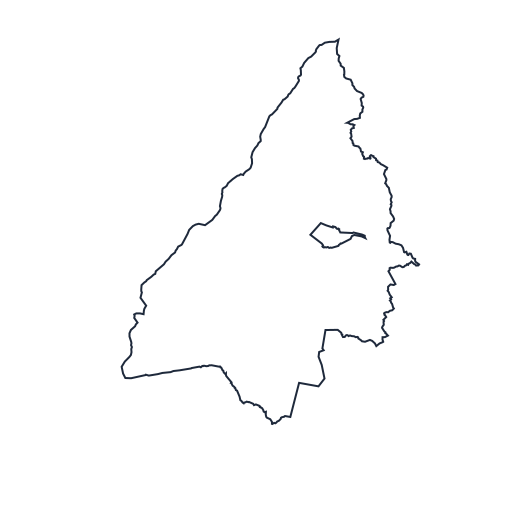 outline of Hwange, Matabeleland North, Zimbabwe, rotated 63°
{"feature_id": "62879985B77670672881921", "entity_name": "Hwange", "entity_type": "district", "adm_level": 2, "iso_a3": "ZWE", "parent_name": "Zimbabwe", "parent_adm1": "Matabeleland North", "projection": "robinson", "projection_center": [26.512, -18.839], "detail": "fine", "context": "isolated", "style": "outline", "palette": "slate", "viewbox_px": 512, "rotation_deg": 63, "n_neighbors": 0, "source": "geoboundaries", "source_scale": "gbopen_adm2", "svg_char_len": 6110}
<svg xmlns="http://www.w3.org/2000/svg" viewBox="0 0 512 512"><g transform="rotate(63 256 256)"><path d="M337.5,114.5L333.6,116.5L332.5,116.4L330.8,115.5L329.7,116.9L328.7,117.3L324.3,117.0L323.4,118.2L324.3,119.8L324.2,120.1L323.4,120.5L320.5,120.1L320.3,121.9L319.8,122.3L315.5,121.3L312.5,121.6L310.3,123.5L308.4,126.0L305.7,127.9L304.8,129.3L305.2,130.4L304.7,130.7L302.1,129.7L298.9,127.4L292.8,127.2L291.2,126.5L291.0,126.0L291.6,124.6L291.5,124.1L290.1,122.4L287.8,121.1L287.0,117.3L285.7,116.1L283.0,115.9L278.9,116.6L277.2,115.8L275.1,115.4L272.9,112.7L272.1,112.2L271.1,112.5L269.7,110.7L268.3,110.8L266.6,110.2L265.0,108.3L263.8,107.8L260.0,107.9L255.6,106.7L252.9,107.5L251.1,107.4L249.9,107.9L247.6,105.4L246.6,104.9L241.1,104.8L238.1,101.7L238.2,100.4L236.9,99.0L232.7,101.6L230.8,103.1L228.8,103.6L227.6,104.9L226.1,104.5L225.2,105.5L223.8,104.9L221.2,106.4L220.4,106.0L219.1,107.3L218.6,107.4L218.3,107.9L218.8,109.3L219.4,109.6L220.8,109.5L221.1,109.9L219.6,111.7L219.7,112.9L219.1,114.0L219.1,114.9L218.3,115.7L216.5,114.7L215.6,115.2L213.2,115.0L212.1,113.7L210.6,115.0L207.6,114.2L206.5,114.7L205.0,114.9L202.4,118.2L201.4,118.8L199.9,118.2L199.3,118.6L197.3,117.8L193.9,118.4L193.1,116.7L190.2,115.7L189.2,115.9L188.3,114.6L186.6,114.3L185.9,112.6L186.3,110.7L184.4,110.2L184.0,108.9L182.5,110.1L181.6,111.9L179.2,113.5L178.7,114.3L178.6,106.3L179.7,103.7L180.1,100.7L178.0,99.8L176.3,98.4L175.8,95.7L173.8,94.7L172.5,93.1L171.5,92.8L169.9,93.6L167.7,92.3L163.6,91.5L162.8,90.0L162.9,88.1L161.9,87.3L160.6,87.2L158.7,87.8L154.9,91.1L151.5,92.1L149.8,91.8L147.4,92.5L145.9,91.7L141.9,91.6L138.7,95.1L136.5,96.0L134.4,95.3L134.3,94.9L131.7,93.5L128.3,92.3L124.8,94.1L123.1,93.3L119.6,93.8L117.5,92.6L115.7,90.9L112.8,92.0L107.4,89.7L100.6,84.2L100.9,88.4L98.6,93.3L97.2,97.8L97.7,101.7L97.0,103.3L97.1,104.1L99.1,108.3L100.1,109.4L101.0,109.8L101.5,110.6L103.4,116.4L103.4,119.5L105.8,125.4L108.3,128.7L108.9,131.2L110.8,131.7L114.9,133.6L115.4,134.5L115.4,136.4L115.8,137.2L116.6,137.8L118.6,137.8L119.5,138.3L123.0,144.1L123.8,145.7L123.9,147.1L126.6,151.7L126.7,153.3L127.1,154.1L128.3,155.4L129.3,159.5L129.1,160.8L130.9,163.7L133.5,169.4L134.6,170.2L137.1,177.5L137.1,179.2L137.6,180.7L145.3,189.4L146.3,191.5L149.5,196.4L151.6,198.1L154.8,199.1L155.8,199.7L156.5,202.5L158.2,204.7L159.4,207.9L161.9,211.9L165.9,215.4L167.9,215.7L171.6,217.4L174.9,220.7L175.6,222.5L176.1,226.9L177.2,229.6L178.0,230.6L176.2,232.6L176.5,234.3L176.1,236.2L176.9,241.6L178.4,247.8L180.2,250.3L180.7,252.8L180.6,254.0L181.1,255.4L182.8,256.6L184.0,257.0L185.2,258.3L186.5,258.4L188.0,259.4L190.9,262.2L195.2,265.5L197.2,265.9L197.9,266.4L198.8,267.4L201.4,272.2L201.8,274.2L204.0,278.6L205.4,287.4L201.3,292.4L200.6,295.6L200.7,298.7L201.1,299.9L202.4,303.7L205.2,306.9L211.9,316.5L212.3,317.4L212.3,321.1L214.0,323.4L214.7,325.1L216.1,326.5L216.9,331.0L218.9,335.1L220.0,339.1L221.6,341.8L224.1,352.2L226.2,353.9L226.1,355.6L227.0,358.7L227.9,364.3L228.6,365.3L228.9,367.6L230.0,371.2L234.0,373.6L235.4,374.2L236.6,374.2L240.8,377.9L250.4,376.4L252.3,379.4L253.8,380.7L256.8,382.6L254.4,385.5L252.8,388.7L252.8,391.1L254.2,391.3L255.9,392.6L261.6,391.8L262.4,394.1L263.7,395.6L265.1,401.0L267.4,403.8L270.4,405.3L276.0,406.2L277.2,406.6L278.7,407.8L280.8,407.9L282.3,409.4L285.2,410.6L287.4,412.4L288.4,414.5L290.5,420.8L293.7,426.0L300.4,427.8L305.4,427.8L308.2,422.8L311.9,408.6L311.7,408.1L313.9,405.8L316.7,397.0L317.7,392.5L320.7,384.8L321.0,381.8L323.1,376.2L326.7,364.9L326.6,364.3L328.9,356.6L330.1,355.7L329.6,353.7L330.1,353.1L330.1,352.2L331.7,350.2L332.3,348.5L332.2,347.3L333.3,345.0L337.5,339.6L338.2,338.2L339.0,338.3L339.6,337.6L342.6,337.7L343.3,337.2L345.1,337.6L347.3,336.9L347.0,336.1L348.3,336.8L349.5,337.0L357.0,335.3L357.6,335.9L357.9,335.3L358.8,335.7L360.9,335.7L362.8,334.7L363.8,334.9L364.2,334.4L366.3,334.8L367.4,334.0L373.9,334.5L377.4,335.4L378.4,334.8L380.4,334.5L381.7,333.8L381.2,333.1L381.6,331.9L381.5,330.5L382.9,328.9L382.9,328.5L386.4,325.6L388.0,325.5L388.2,323.5L391.0,321.0L391.9,320.7L392.0,321.2L392.3,321.2L394.4,319.6L396.9,319.5L398.0,319.8L399.1,319.3L399.3,317.9L401.7,319.3L403.9,319.9L405.0,319.7L407.9,317.4L411.0,317.1L412.8,318.0L413.1,317.7L412.9,315.6L413.8,314.8L413.7,313.6L413.1,312.3L413.2,310.4L412.4,308.0L411.5,307.2L411.4,306.2L412.0,303.9L411.7,303.2L411.9,302.6L415.0,298.5L388.6,275.2L400.5,259.5L396.3,250.6L382.9,246.9L374.2,246.0L370.2,243.3L370.7,238.5L368.5,238.8L353.5,227.7L358.9,216.7L363.1,214.9L364.6,215.3L365.2,214.8L365.8,215.3L367.7,215.3L368.4,213.7L367.6,212.1L367.7,210.9L368.4,210.2L369.4,209.9L369.5,208.3L370.8,207.1L372.1,205.0L373.6,204.0L374.1,202.4L374.9,201.9L375.9,202.3L378.7,200.7L380.1,200.3L381.9,197.8L382.5,192.6L384.4,191.0L387.9,189.7L390.9,189.7L390.0,185.6L390.3,182.1L390.2,181.6L387.8,181.2L385.8,180.1L386.8,178.0L386.8,174.6L384.2,175.3L383.5,175.8L382.8,175.3L381.5,175.9L377.2,176.3L376.3,175.4L375.3,173.4L372.6,172.3L372.1,171.4L370.7,171.5L369.5,167.7L367.1,167.9L366.9,168.2L365.3,167.9L365.0,167.4L365.2,165.3L366.1,163.8L365.6,161.6L366.2,159.3L365.4,157.0L364.1,157.2L360.4,156.5L359.0,156.8L357.4,156.5L356.5,156.9L355.9,155.3L354.6,155.6L354.4,153.8L351.2,154.4L348.4,154.1L346.7,154.5L346.1,153.6L343.4,152.3L342.4,149.1L344.4,146.4L344.3,144.5L329.7,144.9L329.0,143.1L327.5,142.5L327.4,141.6L328.8,139.3L329.1,138.1L329.0,135.9L329.5,134.7L329.4,133.0L330.0,132.1L332.4,130.7L332.7,130.0L332.8,128.9L332.3,127.9L332.5,126.1L331.9,125.2L332.9,124.4L332.2,123.7L332.2,121.7L331.5,120.1L335.1,118.7L335.9,117.9L337.2,117.7L338.1,115.6L337.5,114.5ZM279.4,159.5L279.3,158.5L285.0,151.8L287.3,149.9L288.6,150.5L289.7,150.5L286.5,153.0L281.9,158.9L281.8,161.5L283.7,164.0L283.7,174.4L283.2,175.0L283.7,176.1L283.7,177.0L284.4,178.0L283.1,184.8L282.3,185.7L282.3,186.4L281.9,187.2L280.6,187.9L280.3,189.5L279.3,190.7L279.3,191.6L278.3,192.4L277.6,192.5L277.0,191.4L274.8,191.7L261.8,197.9L256.1,183.3L260.6,179.5L265.5,174.6L264.6,173.9L266.3,172.1L268.4,171.6L268.8,171.2L269.0,170.1L269.9,169.7L270.3,170.2L273.3,170.2L279.4,159.5Z" fill="none" stroke="#1e293b" stroke-width="2"/></g></svg>